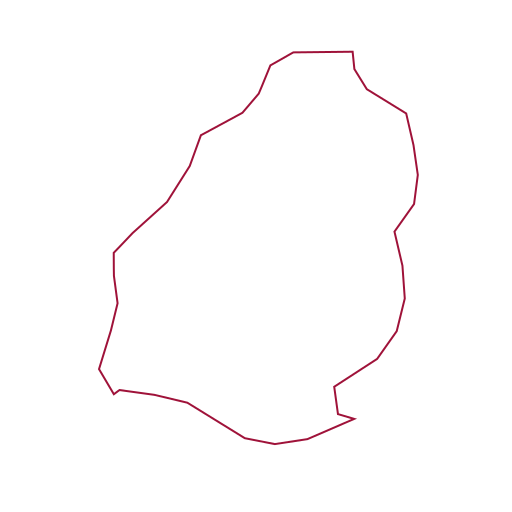 Seongnam-si, Gyeonggi, South Korea, rotated 347°
{"feature_id": "91817680B94836834309250", "entity_name": "Seongnam-si", "entity_type": "district", "adm_level": 2, "iso_a3": "KOR", "parent_name": "South Korea", "parent_adm1": "Gyeonggi", "projection": "natural_earth1", "projection_center": [127.117, 37.399], "detail": "fine", "context": "isolated", "style": "outline", "palette": "rose", "viewbox_px": 512, "rotation_deg": 347, "n_neighbors": 0, "source": "geoboundaries", "source_scale": "gbopen_adm2", "svg_char_len": 658}
<svg xmlns="http://www.w3.org/2000/svg" viewBox="0 0 512 512"><g transform="rotate(347 256 256)"><path d="M396.1,78.7L338.2,66.0L335.4,66.8L312.9,73.5L299.9,91.9L295.2,98.4L275.0,113.4L230.4,125.7L229.5,125.9L211.7,153.4L181.4,183.4L140.9,205.9L127.9,214.5L118.1,220.9L114.6,236.4L113.1,243.4L110.5,270.9L97.9,295.9L77.6,330.9L86.4,358.7L92.8,355.9L125.7,368.4L156.1,383.5L183.9,411.0L204.1,431.0L232.0,443.5L264.9,446.0L315.0,436.8L300.3,428.5L302.8,401.0L350.9,383.5L376.2,360.9L391.4,330.9L396.5,298.4L396.4,263.4L421.7,240.9L431.9,213.4L434.4,183.4L434.4,150.9L401.5,118.4L393.9,96.0L396.1,78.7Z" fill="none" stroke="#9f1239" stroke-width="2"/></g></svg>